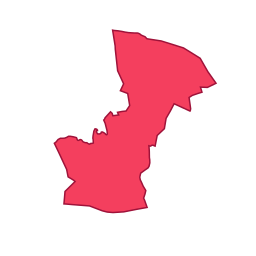 Isa, Sokoto, Nigeria (Equal Earth projection), rotated 116°
{"feature_id": "59680162B66631777088899", "entity_name": "Isa", "entity_type": "district", "adm_level": 2, "iso_a3": "NGA", "parent_name": "Nigeria", "parent_adm1": "Sokoto", "projection": "equal_earth", "projection_center": [6.414, 13.208], "detail": "fine", "context": "isolated", "style": "filled", "palette": "rose", "viewbox_px": 256, "rotation_deg": 116, "n_neighbors": 0, "source": "geoboundaries", "source_scale": "gbopen_adm2", "svg_char_len": 2293}
<svg xmlns="http://www.w3.org/2000/svg" viewBox="0 0 256 256"><g transform="rotate(116 128 128)"><path d="M70.0,169.4L81.1,162.4L90.2,151.3L97.8,151.2L97.1,143.4L107.1,136.3L113.6,137.2L115.1,139.6L115.8,140.7L118.5,144.3L120.4,142.1L123.6,147.0L121.8,148.6L121.1,150.8L128.9,153.1L129.6,153.0L130.5,153.0L131.5,153.3L133.9,150.5L139.7,145.6L142.4,144.0L143.2,144.1L143.5,144.4L143.5,145.3L143.4,145.5L143.1,146.1L142.9,146.9L142.8,147.9L142.8,148.8L142.9,149.6L143.0,149.7L143.2,149.9L143.5,150.2L143.9,150.1L144.1,150.0L144.9,150.2L145.5,150.7L145.9,151.0L146.2,151.8L146.6,152.9L146.1,153.6L145.3,154.8L144.8,154.9L144.1,155.1L143.7,154.3L143.3,154.5L143.0,155.1L142.8,155.6L142.9,156.5L143.3,157.3L145.8,157.3L148.8,156.4L150.3,156.0L152.1,155.3L152.9,154.9L153.3,154.5L155.0,153.5L156.7,152.6L157.4,153.3L157.9,154.1L158.2,154.7L158.5,154.9L158.8,155.2L159.3,155.3L159.5,155.7L159.5,156.4L159.5,157.2L159.4,157.9L159.3,158.2L159.2,158.5L159.5,159.1L159.9,160.0L160.0,160.7L160.1,161.5L160.1,162.1L160.0,162.7L159.5,163.6L159.2,164.3L159.1,164.8L159.2,165.4L159.4,166.0L160.0,166.4L160.6,166.8L161.0,167.4L161.0,168.1L160.6,168.7L160.2,169.1L159.7,169.5L159.3,170.1L159.4,170.9L159.9,173.4L160.7,176.1L161.5,177.8L163.3,179.0L164.9,180.5L165.6,181.7L166.9,184.3L169.0,185.8L172.3,186.6L174.0,187.5L180.1,179.8L192.1,165.0L198.2,160.4L198.5,156.8L198.8,153.8L199.3,152.1L212.6,156.8L224.3,152.3L223.2,149.6L221.3,144.6L217.5,135.0L214.9,128.4L213.7,114.9L212.7,110.0L210.6,104.5L205.2,95.0L197.3,84.6L193.0,78.7L191.0,76.0L185.8,81.3L184.2,83.2L179.9,83.8L177.2,84.4L176.4,84.6L173.6,88.9L170.8,92.2L169.5,93.9L168.9,94.5L167.0,95.9L164.0,96.6L163.0,96.8L158.3,94.3L155.1,92.5L153.2,92.3L149.8,93.1L147.1,94.5L145.2,95.8L139.3,98.8L134.8,101.4L134.7,100.7L134.4,99.8L132.9,98.8L132.5,98.0L132.5,96.6L132.4,95.7L121.9,98.5L112.7,95.0L102.6,98.0L94.1,97.4L86.0,97.2L85.6,79.7L84.8,79.7L83.3,80.1L73.8,86.5L70.5,84.5L66.6,80.6L63.4,77.2L59.5,80.8L56.7,74.4L49.2,68.5L42.4,80.9L33.7,93.7L31.7,113.2L35.2,136.3L39.5,150.1L38.5,152.7L38.6,154.3L38.7,156.3L38.6,157.4L38.3,158.4L38.3,160.1L38.5,161.1L39.9,164.1L41.2,167.2L41.2,167.3L42.0,169.2L43.1,172.7L43.9,175.9L45.1,179.8L46.4,183.2L46.8,184.7L59.9,175.5L62.7,174.0L70.0,169.4Z" fill="#f43f5e" stroke="#9f1239" stroke-width="1.5"/></g></svg>